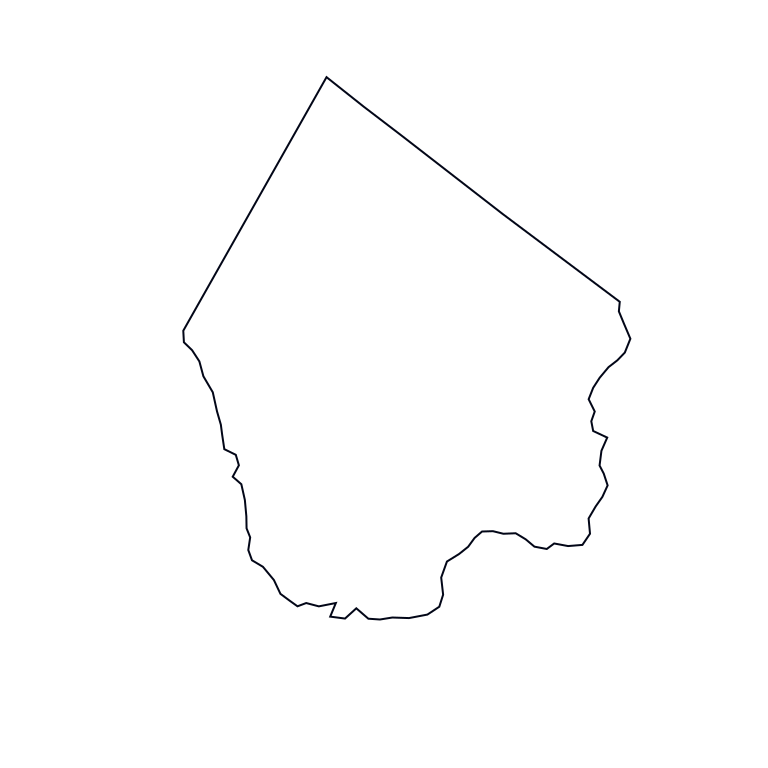 Damião, Paraíba, Brazil, rotated 314°
{"feature_id": "56859067B20936689760116", "entity_name": "Damião", "entity_type": "district", "adm_level": 2, "iso_a3": "BRA", "parent_name": "Brazil", "parent_adm1": "Paraíba", "projection": "mercator", "projection_center": [-35.949, -6.643], "detail": "fine", "context": "isolated", "style": "outline", "palette": "ink", "viewbox_px": 768, "rotation_deg": 314, "n_neighbors": 0, "source": "geoboundaries", "source_scale": "gbopen_adm2", "svg_char_len": 1126}
<svg xmlns="http://www.w3.org/2000/svg" viewBox="0 0 768 768"><g transform="rotate(314 384 384)"><path d="M419.4,636.2L429.4,624.6L443.0,621.3L454.5,619.5L466.4,615.3L472.2,604.3L475.1,595.7L487.0,586.8L500.5,581.8L495.5,567.1L501.2,559.0L510.6,554.7L515.2,541.8L526.6,537.1L538.3,534.8L552.1,533.8L563.1,535.4L573.9,535.4L587.7,529.8L594.0,514.9L599.4,502.5L606.9,496.5L588.7,351.0L574.8,223.3L569.4,176.7L564.8,129.5L282.9,202.6L275.0,211.1L275.0,222.5L272.0,235.5L264.1,248.7L259.1,266.6L248.3,282.9L241.4,294.9L235.1,302.8L226.2,314.4L230.1,326.6L224.7,336.1L212.2,339.6L212.8,351.0L203.9,364.5L193.2,376.9L184.7,385.4L180.7,394.3L170.3,401.7L165.5,411.5L168.4,423.9L166.5,441.0L161.1,455.3L162.6,466.7L164.0,476.2L172.4,480.2L178.8,491.6L193.0,501.5L179.3,506.9L188.2,518.9L203.4,519.9L204.3,535.8L211.8,544.7L221.8,552.2L233.0,564.6L248.3,575.4L262.2,578.5L273.5,572.9L284.5,559.6L300.0,552.6L313.9,556.1L325.4,557.6L336.2,556.1L346.0,557.0L353.8,564.6L359.2,573.9L368.1,582.4L370.7,593.8L371.5,605.2L378.4,615.7L387.5,617.2L395.3,629.0L406.1,638.5L419.4,636.2Z" fill="none" stroke="#020617" stroke-width="2"/></g></svg>